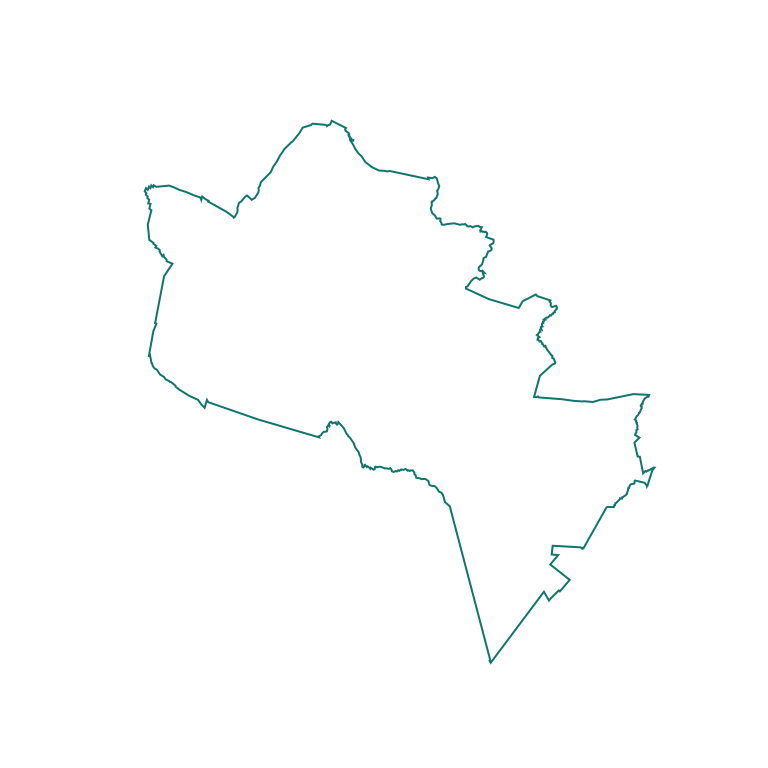 Río Grande, Zacatecas, Mexico, rotated 196°
{"feature_id": "50627088B78022927430192", "entity_name": "Río Grande", "entity_type": "district", "adm_level": 2, "iso_a3": "MEX", "parent_name": "Mexico", "parent_adm1": "Zacatecas", "projection": "natural_earth1", "projection_center": [-103.094, 23.812], "detail": "fine", "context": "isolated", "style": "outline", "palette": "teal", "viewbox_px": 768, "rotation_deg": 196, "n_neighbors": 0, "source": "geoboundaries", "source_scale": "gbopen_adm2", "svg_char_len": 6166}
<svg xmlns="http://www.w3.org/2000/svg" viewBox="0 0 768 768"><g transform="rotate(196 384 384)"><path d="M625.1,427.0L620.8,379.5L620.2,379.7L619.4,379.2L620.3,371.3L617.6,345.2L616.9,347.3L613.2,340.0L612.7,339.9L611.2,337.6L608.9,335.7L607.3,335.5L606.0,334.8L601.7,331.3L597.5,330.2L595.2,328.3L591.5,327.7L590.4,327.0L589.6,327.3L585.0,325.4L583.9,324.8L583.6,324.0L579.4,322.2L568.2,319.0L558.4,317.5L553.4,313.6L549.9,311.7L549.8,319.9L548.0,318.1L495.0,315.2L431.9,314.8L432.7,315.5L430.4,317.3L430.1,319.0L428.8,321.3L425.8,322.7L426.0,325.5L427.0,326.9L426.3,328.8L424.8,328.2L424.8,328.9L425.7,329.7L425.9,330.6L425.0,332.9L424.3,333.2L422.7,331.9L419.9,333.9L419.5,333.0L418.0,332.0L417.4,333.0L417.4,334.8L410.5,330.5L406.2,325.8L404.5,324.8L404.0,324.0L402.2,323.2L396.3,318.4L396.4,318.1L394.3,315.2L389.4,311.3L388.0,309.0L386.3,307.2L384.4,302.5L382.7,300.5L381.9,298.2L380.9,298.1L380.1,299.5L380.3,300.8L380.0,301.1L377.7,299.4L377.3,300.3L375.2,299.6L373.9,298.7L373.7,299.9L370.4,298.8L369.5,299.5L369.7,301.7L369.1,302.3L367.6,302.0L366.4,302.9L364.4,303.5L359.9,303.1L358.2,303.7L356.4,303.7L355.5,304.0L354.9,304.8L353.6,304.3L352.4,302.3L350.4,302.1L348.8,303.6L347.6,303.4L346.5,305.0L345.4,304.7L344.6,305.8L344.0,305.8L343.8,306.6L341.4,306.9L339.7,308.3L337.5,307.2L337.1,307.8L335.2,307.4L334.8,308.2L332.6,308.9L330.5,307.4L330.0,305.9L328.6,305.1L327.1,302.7L323.8,303.2L321.7,302.9L318.6,304.0L317.1,303.9L314.6,302.9L312.5,299.6L311.5,299.3L309.2,299.3L307.8,299.8L306.3,299.5L303.8,297.9L301.5,295.7L298.9,295.3L296.9,293.8L292.8,287.3L287.0,284.5L207.8,151.3L205.9,148.0L206.3,147.1L204.6,145.4L173.0,228.4L165.7,221.3L164.7,223.7L159.1,233.7L157.8,233.1L151.5,246.9L174.4,256.3L169.4,267.6L175.8,266.3L177.3,275.0L149.9,281.2L148.2,280.4L148.0,281.2L147.0,281.0L136.1,326.7L135.0,327.5L129.2,329.0L129.2,331.0L128.6,331.1L128.7,333.0L128.4,333.0L125.4,338.4L125.5,339.3L123.7,339.4L123.7,341.0L123.1,341.1L120.7,344.2L120.5,345.5L120.2,345.5L120.4,351.6L119.8,351.6L119.7,354.4L118.8,355.9L116.1,357.1L115.9,357.8L116.4,359.7L116.1,360.4L106.3,360.9L103.8,359.2L103.1,358.1L103.0,359.0L102.7,359.1L102.3,374.8L100.9,378.2L101.6,378.1L105.8,373.8L106.6,374.5L106.4,374.0L107.5,372.1L108.8,372.4L110.3,369.6L118.0,384.6L120.2,384.2L127.1,396.6L123.7,402.8L128.6,404.3L128.6,406.0L128.0,407.1L128.7,409.1L127.7,410.4L128.6,412.0L128.6,413.1L129.2,414.5L130.5,415.8L130.3,416.6L131.1,417.0L131.4,418.0L131.8,417.9L132.2,418.9L133.1,419.1L132.7,420.0L132.4,422.3L131.3,424.0L130.8,425.8L131.0,426.6L130.4,427.0L130.1,428.2L130.1,429.7L129.6,432.0L131.0,433.7L130.4,434.0L131.0,434.6L130.7,436.2L129.9,436.3L130.3,438.3L129.7,440.9L128.9,442.6L127.2,444.4L126.3,444.6L126.1,446.6L141.5,443.0L165.1,430.7L171.6,428.5L178.2,424.3L187.3,422.5L188.5,421.9L197.0,420.1L208.8,418.4L231.4,413.8L232.6,414.5L233.7,413.4L236.2,412.9L236.4,434.8L228.0,448.4L227.1,449.5L225.4,450.6L225.2,451.9L227.9,455.2L229.3,455.3L230.0,457.6L230.8,457.7L236.7,462.0L237.8,463.3L238.9,463.9L239.1,465.0L239.5,465.2L240.6,464.3L241.9,465.8L242.9,466.0L243.0,466.8L243.6,466.9L244.6,468.3L245.3,468.5L246.2,467.7L247.9,469.1L248.6,468.9L248.7,470.6L247.4,471.9L250.5,473.2L249.9,473.9L248.8,477.4L248.1,477.5L248.9,479.0L248.9,479.6L248.3,480.1L247.7,479.9L248.9,481.7L248.8,482.3L247.4,483.0L248.4,484.3L248.7,485.6L247.7,486.5L248.4,487.2L248.4,487.8L247.8,487.9L247.3,489.7L246.8,490.1L248.0,490.2L246.3,492.5L244.5,493.3L243.5,495.8L242.3,495.8L241.5,497.9L240.8,498.1L240.9,499.2L239.5,500.0L240.0,501.1L238.7,503.7L239.0,504.4L238.6,504.8L239.8,506.4L240.3,506.6L243.3,504.5L244.1,504.4L245.5,505.6L245.9,507.8L247.5,508.7L247.1,510.2L260.7,510.7L262.7,511.9L273.5,501.8L275.4,494.2L306.5,494.5L331.5,498.3L331.9,499.9L330.7,500.7L328.6,507.0L326.8,510.1L324.6,511.8L320.8,510.6L319.5,512.4L318.2,513.0L317.4,514.7L319.9,518.5L318.2,518.6L320.7,520.1L322.2,519.1L323.6,519.3L324.4,519.8L324.9,521.5L324.9,522.5L322.7,526.1L322.6,530.4L323.0,532.2L322.3,533.3L321.0,534.1L320.4,540.0L318.4,541.5L317.7,542.5L318.0,544.2L320.5,546.3L320.3,547.0L317.8,549.4L317.8,551.0L318.5,552.9L326.3,553.4L326.1,556.6L326.8,557.7L328.1,558.4L329.0,557.7L329.9,558.0L330.7,557.5L332.1,557.9L333.3,557.1L333.9,558.1L333.2,561.7L335.2,561.3L336.9,562.0L340.1,560.7L342.0,559.0L344.6,559.6L345.7,558.8L347.6,558.6L348.0,559.2L350.2,560.2L351.0,559.4L352.7,559.2L354.8,558.0L360.8,557.8L366.6,555.5L370.7,553.4L372.5,553.3L373.3,554.8L374.8,555.9L375.1,558.3L376.0,558.6L378.9,557.5L381.6,560.1L384.6,561.4L387.4,565.4L387.3,569.0L388.3,571.6L387.9,572.1L388.1,572.8L387.0,573.7L385.8,575.9L385.8,576.5L384.8,577.5L385.0,578.6L384.6,580.9L385.8,584.0L386.2,584.2L385.6,585.9L385.4,588.9L385.7,590.0L386.4,590.5L390.1,596.3L392.2,597.1L394.2,595.2L398.5,594.6L397.5,593.1L437.7,590.3L439.2,589.3L442.5,589.0L447.6,587.8L455.2,589.1L463.2,592.2L468.2,596.7L472.2,598.7L476.6,602.2L479.8,605.7L484.1,609.4L484.1,609.9L482.7,609.3L480.7,609.4L480.8,610.2L482.2,609.7L482.7,610.4L483.8,610.5L483.7,610.9L484.1,610.8L486.1,612.5L486.3,612.9L485.9,613.0L486.7,613.6L486.2,614.3L487.1,615.5L490.6,616.7L491.5,617.9L491.1,619.6L506.8,622.6L507.4,618.5L508.8,617.7L509.8,616.3L510.1,616.9L512.7,616.8L524.6,614.5L525.6,612.7L532.8,608.1L534.4,602.1L538.7,592.0L539.6,591.0L544.9,581.7L545.1,580.0L546.9,575.2L548.2,568.6L550.3,562.6L551.3,556.3L558.0,544.0L557.9,540.4L558.7,538.0L557.7,535.4L557.6,533.2L559.5,527.2L562.0,524.6L567.6,527.5L569.0,525.7L571.7,519.9L573.3,518.2L573.4,512.5L572.6,510.9L572.3,508.6L573.5,503.5L574.4,502.5L575.2,503.3L582.9,506.1L603.3,510.9L603.1,511.7L606.9,512.6L610.4,514.1L610.4,510.6L612.0,512.7L618.1,512.9L626.9,514.0L634.3,514.2L640.0,515.1L645.2,515.5L657.2,510.8L660.1,511.6L660.3,509.6L662.4,510.8L662.5,508.0L664.3,509.0L664.7,505.5L666.8,506.6L667.1,503.2L665.0,502.0L665.1,500.2L662.8,499.1L662.8,497.6L660.5,496.4L660.4,492.6L658.1,492.8L657.9,487.9L655.5,486.9L655.0,472.1L649.4,457.9L645.0,456.3L644.5,456.1L644.4,455.3L640.9,453.9L641.4,452.2L638.7,451.9L636.7,451.1L636.0,449.7L636.2,449.4L632.3,445.7L631.5,447.3L630.5,445.5L627.3,443.6L626.7,442.1L620.5,441.3L625.1,427.0Z" fill="none" stroke="#0f766e" stroke-width="2"/></g></svg>